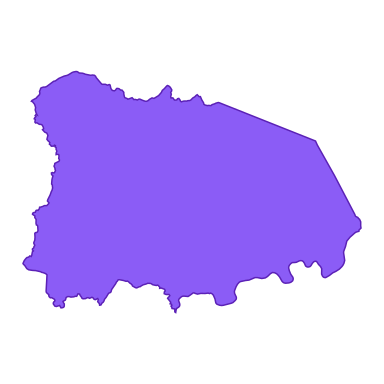 Tartarugalzinho, Amapá, Brazil (orthographic projection)
{"feature_id": "56859067B68348525949477", "entity_name": "Tartarugalzinho", "entity_type": "district", "adm_level": 2, "iso_a3": "BRA", "parent_name": "Brazil", "parent_adm1": "Amapá", "projection": "orthographic", "projection_center": [-51.087, 1.312], "detail": "fine", "context": "isolated", "style": "filled", "palette": "violet", "viewbox_px": 384, "rotation_deg": 0, "n_neighbors": 0, "source": "geoboundaries", "source_scale": "gbopen_adm2", "svg_char_len": 5814}
<svg xmlns="http://www.w3.org/2000/svg" viewBox="0 0 384 384"><path d="M315.5,141.0L219.7,102.9L218.3,102.5L215.8,103.2L214.7,103.8L212.1,104.6L211.0,105.6L208.5,105.4L207.4,105.6L205.0,105.0L203.9,104.3L203.6,102.9L201.7,99.7L200.4,96.6L199.2,96.7L197.2,94.7L196.0,95.5L194.8,96.8L192.9,97.9L190.6,100.2L189.4,100.6L188.1,100.6L186.5,101.1L185.1,101.0L183.6,101.1L181.3,101.8L180.4,101.1L180.1,100.1L178.8,98.4L177.5,98.7L176.9,99.8L175.8,100.1L174.4,100.0L172.9,97.9L171.0,97.9L170.7,96.6L171.3,94.2L170.7,92.4L171.6,91.1L171.8,89.9L170.3,87.3L168.8,86.0L167.5,85.5L166.7,86.0L164.3,88.7L162.3,90.4L161.4,92.4L158.6,95.6L154.0,98.4L152.0,97.9L149.7,99.2L147.8,100.8L146.3,101.3L145.1,101.2L142.8,100.4L139.8,99.1L138.7,99.2L137.4,100.0L135.2,99.4L133.9,99.6L132.1,97.7L127.9,99.2L126.9,98.4L124.9,97.7L124.4,96.8L123.8,93.9L123.8,92.3L122.0,90.1L120.7,90.1L119.0,88.7L117.6,88.4L116.6,88.5L115.5,90.1L114.5,90.8L112.9,90.6L112.0,90.1L110.9,88.5L110.1,85.0L109.2,84.5L107.6,85.2L105.4,84.3L102.5,84.3L101.6,84.0L96.2,77.6L95.6,76.3L94.5,75.3L92.5,75.0L90.7,75.3L85.2,74.2L83.9,73.6L82.4,73.2L79.2,73.0L77.9,72.0L77.0,71.6L76.0,71.5L73.4,72.0L72.1,72.5L68.4,74.8L67.0,75.4L64.1,76.1L58.8,78.4L55.4,80.9L53.6,81.3L52.8,81.9L46.8,86.4L45.1,87.1L43.5,87.1L42.0,87.5L40.7,88.2L40.3,89.7L39.5,91.4L39.9,93.1L39.5,94.6L36.9,97.2L36.4,98.0L31.9,100.5L31.4,101.3L32.5,101.7L34.6,104.3L35.6,107.5L35.2,109.9L36.1,113.0L37.1,115.0L36.0,114.5L35.1,115.6L35.9,116.7L34.7,117.8L34.2,118.8L35.3,119.4L34.9,122.1L35.6,123.0L36.5,122.8L37.5,123.1L38.7,124.0L39.7,124.4L40.8,124.4L41.8,124.7L42.6,125.8L43.3,127.2L43.6,128.8L42.5,129.7L44.7,132.1L46.8,133.1L47.9,135.4L46.9,139.3L48.0,140.8L49.1,141.7L49.8,142.6L49.4,144.2L50.5,145.0L51.3,146.2L53.8,146.1L54.4,145.2L55.4,145.6L55.1,146.9L56.1,147.5L56.1,149.4L56.6,150.4L56.8,151.4L56.2,152.8L56.1,154.6L57.3,154.3L58.7,154.6L59.0,156.0L58.7,158.6L59.4,159.6L59.4,160.5L58.9,161.3L54.8,163.4L54.6,164.9L54.0,166.1L55.0,168.4L55.0,169.3L55.5,170.6L54.4,172.7L53.4,172.9L52.3,172.5L51.4,173.0L51.6,174.6L52.9,175.9L52.0,179.4L51.6,184.0L52.3,185.1L52.6,188.0L52.0,190.4L51.4,191.4L50.1,195.0L47.8,199.6L47.4,201.0L49.0,202.9L48.5,203.8L46.8,205.6L44.3,205.6L43.1,206.3L40.7,207.1L39.6,207.2L39.4,208.6L38.0,210.4L37.1,210.1L36.0,210.5L35.4,212.2L33.9,212.5L32.7,213.2L32.5,214.3L34.9,216.0L34.8,217.6L36.1,219.4L36.0,223.3L36.4,225.0L37.4,225.3L37.7,226.2L38.0,230.6L37.4,232.0L36.3,232.6L35.4,232.6L34.8,233.4L35.0,237.3L34.8,240.1L33.8,242.6L33.9,243.8L34.5,244.5L34.7,245.6L34.0,246.5L33.7,247.9L32.5,248.8L32.4,249.9L33.4,250.9L32.4,251.8L31.7,255.5L31.2,256.5L29.9,255.9L29.0,256.8L28.1,257.3L27.0,257.5L26.0,258.4L24.3,260.5L23.0,263.4L23.5,264.4L24.6,265.3L26.8,268.6L28.7,269.8L32.5,270.4L35.7,270.6L40.5,271.7L41.8,272.4L43.0,272.6L45.1,273.4L46.0,273.9L47.0,274.9L46.1,291.2L46.4,292.5L47.6,293.7L48.8,294.6L48.8,295.9L49.4,297.0L50.3,297.8L51.8,297.7L54.4,299.3L54.9,300.2L54.7,301.2L53.8,301.9L53.3,302.9L53.3,303.9L54.8,306.1L56.3,306.5L59.6,305.5L61.0,307.9L62.5,307.7L63.6,307.3L64.2,306.4L64.3,305.4L64.3,303.9L63.4,302.6L63.0,301.4L65.3,300.1L65.7,299.2L66.1,297.5L67.6,296.6L69.2,296.6L70.9,297.1L74.0,296.8L75.0,296.3L76.7,296.3L78.0,293.8L79.6,294.1L80.2,295.6L81.1,296.6L82.0,298.3L83.0,298.8L85.6,298.6L87.0,297.7L88.2,297.7L89.6,298.3L91.9,297.3L92.9,297.7L94.1,299.3L95.3,299.7L97.7,298.5L98.3,299.6L97.7,301.7L99.4,303.7L99.6,305.2L100.9,305.0L102.0,303.1L103.2,302.2L104.0,300.9L104.5,299.3L106.1,297.4L108.2,293.9L109.0,293.0L110.1,292.7L111.0,291.9L111.6,289.6L115.8,283.5L116.4,282.1L117.4,281.1L118.2,279.8L119.4,279.7L120.9,280.0L123.5,280.5L126.0,281.3L127.5,281.1L128.6,281.8L129.7,283.0L131.1,283.9L132.1,285.0L132.5,286.0L135.5,287.7L136.8,287.9L139.0,286.8L140.4,286.6L141.2,285.9L143.2,284.8L146.1,284.0L147.7,283.3L150.4,283.4L151.5,283.8L152.4,284.6L153.5,284.9L156.3,285.5L157.4,285.1L158.3,285.5L159.8,287.3L159.7,288.3L161.1,288.0L164.6,289.3L165.2,290.9L164.3,292.0L164.2,293.7L166.1,294.5L169.0,294.5L169.8,295.5L169.3,296.5L168.2,297.4L167.6,298.3L170.7,302.2L170.1,303.8L171.5,304.2L171.8,305.4L171.0,306.1L171.8,307.3L172.0,308.5L174.8,309.0L174.8,311.9L175.7,312.5L176.1,310.0L176.6,308.5L178.6,307.2L179.3,306.5L179.7,305.7L179.8,304.5L179.6,303.4L178.6,300.6L178.8,299.5L179.4,298.6L181.5,296.7L182.4,296.3L183.8,296.1L188.0,296.5L189.2,295.8L193.2,292.9L194.1,292.9L195.1,293.4L197.5,294.1L200.8,293.4L205.1,293.5L208.1,293.1L209.6,293.6L210.6,293.1L211.8,293.6L212.9,294.6L213.5,295.5L215.0,299.0L215.8,302.9L216.9,304.2L219.5,305.2L221.6,305.5L223.3,305.3L231.1,303.3L232.9,302.6L235.1,300.6L236.2,299.2L236.4,298.1L236.3,297.1L234.6,293.4L234.4,291.5L234.7,290.3L236.1,286.7L237.5,284.2L239.2,282.3L240.4,281.6L245.5,280.5L249.0,280.1L255.0,277.6L257.4,277.6L261.8,278.5L265.3,277.9L267.5,276.5L270.5,273.6L272.5,272.5L274.7,272.8L276.7,273.8L278.3,275.4L279.6,277.0L281.9,281.1L282.7,282.0L283.8,282.8L285.3,283.2L286.8,283.1L288.9,282.9L290.8,282.3L292.6,280.9L293.1,279.7L293.2,278.6L292.9,277.3L290.7,274.1L289.4,270.9L288.7,268.2L288.7,267.1L289.0,266.0L289.5,265.1L291.0,263.4L292.3,262.6L294.9,262.5L296.3,262.3L299.5,260.8L300.8,260.6L302.2,260.8L303.2,261.5L304.4,263.2L305.6,266.0L307.2,267.0L308.7,267.0L310.1,266.5L311.0,265.6L312.3,263.4L313.7,261.8L315.0,261.3L316.1,261.3L317.0,262.0L318.5,264.4L320.5,266.5L321.7,268.7L321.6,274.1L322.5,276.1L323.4,277.1L324.3,277.5L325.6,277.6L326.4,277.2L329.5,275.4L332.8,272.8L335.8,271.4L339.4,269.1L341.9,266.6L342.9,265.3L343.9,263.4L344.7,260.4L343.6,252.8L343.7,251.4L345.5,246.5L346.8,241.1L350.0,237.2L354.5,233.2L355.7,232.3L357.0,231.8L358.9,231.3L359.0,230.1L361.0,228.1L360.7,225.9L360.7,221.8L359.5,219.2L358.5,218.5L357.9,217.5L355.7,216.4L355.2,215.7L354.9,214.6L334.5,175.6L317.3,145.0L315.5,141.0Z" fill="#8b5cf6" stroke="#5b21b6" stroke-width="1.5"/></svg>